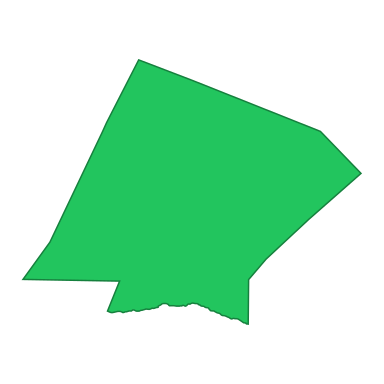 outline of Bayan-O'ndor, Orhon, Mongolia
{"feature_id": "93677404B54522359924126", "entity_name": "Bayan-O'ndor", "entity_type": "district", "adm_level": 2, "iso_a3": "MNG", "parent_name": "Mongolia", "parent_adm1": "Orhon", "projection": "natural_earth1", "projection_center": [104.105, 49.06], "detail": "fine", "context": "isolated", "style": "filled", "palette": "green", "viewbox_px": 384, "rotation_deg": 0, "n_neighbors": 0, "source": "geoboundaries", "source_scale": "gbopen_adm2", "svg_char_len": 2492}
<svg xmlns="http://www.w3.org/2000/svg" viewBox="0 0 384 384"><path d="M352.2,164.3L320.4,131.4L192.8,80.6L138.7,59.9L106.6,122.6L102.4,131.9L49.9,242.2L23.0,279.4L119.6,281.1L107.5,311.1L109.5,312.0L110.0,312.2L111.2,312.6L112.5,312.6L117.8,311.4L118.7,311.4L120.2,311.4L121.5,311.8L122.2,312.2L122.7,312.5L123.2,312.5L123.5,312.5L124.1,312.3L124.6,312.1L125.3,311.8L125.8,311.8L126.5,311.8L127.5,311.5L128.7,311.1L129.0,311.0L129.8,311.0L130.7,311.0L131.4,311.0L131.8,310.7L132.3,310.3L132.7,310.0L133.2,310.0L133.9,310.0L134.7,310.3L135.7,310.9L137.0,311.2L137.7,311.1L138.4,311.1L139.2,311.1L139.9,310.8L140.7,310.4L141.5,310.3L142.2,310.2L143.2,309.9L145.0,309.4L145.7,309.1L146.7,309.1L147.5,309.2L148.5,309.3L149.6,309.3L151.0,308.8L151.8,308.3L152.1,308.2L152.5,308.2L152.9,308.4L153.4,308.4L154.1,308.3L155.7,307.8L156.3,307.5L157.1,307.5L157.7,307.4L158.1,307.3L158.2,307.1L158.2,306.7L158.2,306.3L158.4,306.0L159.1,305.7L160.0,305.3L161.3,304.5L161.9,303.9L162.8,303.6L163.9,303.5L164.6,303.5L165.6,303.5L166.8,303.7L167.4,304.0L168.0,304.3L168.5,304.7L168.8,305.2L169.1,305.5L169.4,305.7L169.9,305.8L170.4,305.7L171.0,305.7L171.7,305.7L172.6,305.7L173.5,305.7L174.5,305.8L175.1,305.9L176.4,306.1L177.6,306.1L178.5,306.1L179.6,306.1L180.0,306.0L180.6,305.8L181.0,305.9L181.5,305.9L181.9,305.9L182.2,305.5L182.7,305.4L183.3,305.3L183.9,305.5L184.5,305.8L185.1,306.1L185.5,306.1L186.5,305.7L187.1,305.1L187.7,304.4L188.2,304.1L188.9,304.0L189.5,304.1L190.1,304.1L190.7,303.7L191.6,303.3L192.3,303.1L192.9,303.1L193.6,303.2L194.4,303.4L195.8,303.6L197.0,303.6L197.8,303.8L198.2,304.2L198.4,304.6L199.1,304.8L199.6,304.9L199.9,304.9L200.1,305.3L200.6,305.6L201.2,306.0L202.4,306.2L203.2,306.2L204.2,306.5L204.7,307.0L205.7,307.5L207.1,307.7L208.0,307.8L208.7,308.3L209.1,309.2L209.8,309.7L210.1,310.3L210.4,310.6L211.0,310.8L212.2,310.9L213.0,310.9L213.4,310.9L214.4,311.2L215.0,311.7L216.0,312.2L217.1,312.8L217.9,313.0L219.0,313.2L219.6,313.5L220.3,313.9L221.0,314.7L221.9,315.3L222.9,315.6L223.8,315.6L225.0,315.8L226.0,316.2L227.6,317.0L228.3,317.2L229.0,317.5L229.7,318.0L230.2,318.3L231.0,318.8L231.5,318.9L232.0,318.9L232.6,318.6L233.3,318.4L233.9,318.4L234.5,318.6L235.4,318.7L236.2,318.7L236.6,318.7L237.3,318.8L238.2,319.1L239.3,319.8L242.0,321.6L242.8,322.2L243.7,322.8L244.9,322.9L245.9,323.1L245.9,323.4L246.4,323.9L246.8,324.0L247.6,324.0L248.2,324.1L248.6,279.6L266.1,259.1L308.6,219.5L361.0,173.4L352.2,164.3Z" fill="#22c55e" stroke="#15803d" stroke-width="1.5"/></svg>